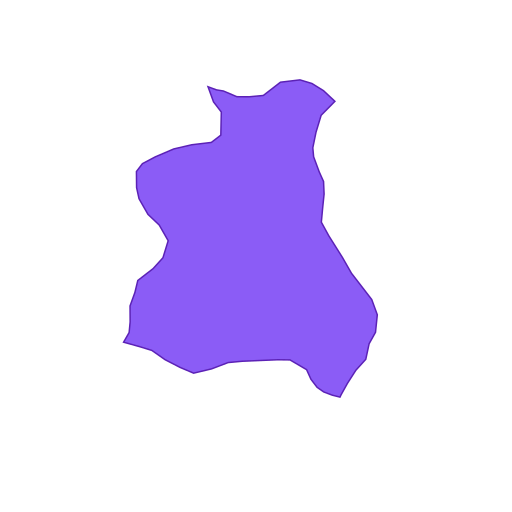 the district of Hoeyang, Kangwŏn-do, North Korea, rotated 322°
{"feature_id": "82179303B10482682881188", "entity_name": "Hoeyang", "entity_type": "district", "adm_level": 2, "iso_a3": "PRK", "parent_name": "North Korea", "parent_adm1": "Kangwŏn-do", "projection": "orthographic", "projection_center": [127.64, 38.756], "detail": "fine", "context": "isolated", "style": "filled", "palette": "violet", "viewbox_px": 512, "rotation_deg": 322, "n_neighbors": 0, "source": "geoboundaries", "source_scale": "gbopen_adm2", "svg_char_len": 1045}
<svg xmlns="http://www.w3.org/2000/svg" viewBox="0 0 512 512"><g transform="rotate(322 256 256)"><path d="M198.8,140.7L196.5,156.7L198.8,172.0L196.2,189.9L181.6,200.1L167.1,202.6L147.8,202.5L138.1,210.2L126.0,217.8L116.2,230.5L108.9,238.2L98.6,242.4L108.7,256.1L115.8,266.3L120.5,281.7L127.6,297.1L134.7,309.9L151.5,317.6L168.4,322.8L180.4,330.5L194.8,340.8L209.2,351.1L218.8,358.8L225.9,376.7L223.4,387.0L223.3,397.2L225.7,404.9L230.4,412.6L235.3,418.9L237.7,417.7L249.8,412.6L264.4,407.5L278.9,405.0L291.1,394.8L303.2,389.7L315.4,377.0L320.4,361.6L320.5,346.3L320.6,328.4L323.2,310.5L325.8,284.9L328.3,269.6L338.0,259.3L347.8,249.1L355.1,238.9L357.6,228.7L362.5,213.3L367.4,205.7L379.5,195.4L394.0,185.2L413.4,182.7L411.0,167.3L406.3,154.5L399.1,144.3L382.3,134.1L360.6,134.0L348.6,126.3L339.0,118.7L331.9,105.9L327.1,100.7L322.4,93.1L317.4,108.4L317.3,121.2L302.7,139.1L290.7,139.0L273.9,128.8L257.1,121.0L237.9,115.9L223.4,113.3L213.8,115.8L204.0,128.6L199.1,138.8L198.8,140.7Z" fill="#8b5cf6" stroke="#5b21b6" stroke-width="1.5"/></g></svg>